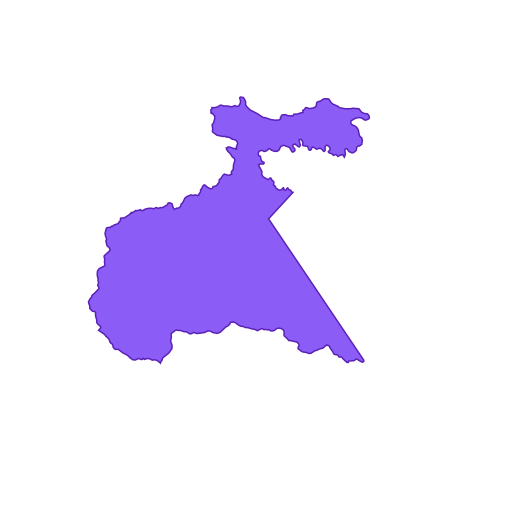 the district of Talamanca, Limón, Costa Rica, rotated 326°
{"feature_id": "36466004B17277375937001", "entity_name": "Talamanca", "entity_type": "district", "adm_level": 2, "iso_a3": "CRI", "parent_name": "Costa Rica", "parent_adm1": "Limón", "projection": "natural_earth1", "projection_center": [-83.039, 9.422], "detail": "fine", "context": "isolated", "style": "filled", "palette": "violet", "viewbox_px": 512, "rotation_deg": 326, "n_neighbors": 0, "source": "geoboundaries", "source_scale": "gbopen_adm2", "svg_char_len": 6134}
<svg xmlns="http://www.w3.org/2000/svg" viewBox="0 0 512 512"><g transform="rotate(326 256 256)"><path d="M273.1,395.9L273.9,395.1L274.5,395.1L278.8,397.6L281.5,397.5L282.1,398.1L283.7,401.8L285.0,403.7L286.2,403.7L287.1,402.7L287.2,232.2L322.3,223.9L321.2,222.7L321.6,221.1L320.3,219.2L320.4,217.3L319.4,217.2L318.2,217.9L316.8,217.8L316.2,216.6L317.0,215.4L316.9,214.7L313.7,215.2L312.7,214.8L311.6,213.6L310.6,211.1L310.9,208.5L310.2,207.1L312.3,204.5L311.7,202.3L311.9,199.8L311.3,199.2L309.2,199.5L308.4,199.0L306.1,194.2L306.4,191.6L308.2,189.1L309.0,181.9L310.5,181.9L313.4,183.8L314.4,183.7L314.9,183.3L314.9,182.4L314.0,181.7L314.0,179.1L315.4,175.7L314.5,174.6L314.5,173.4L315.7,171.7L316.8,171.1L318.6,171.1L320.2,172.0L321.2,173.9L322.6,174.5L324.2,174.7L326.8,174.3L327.4,174.7L327.8,176.6L329.8,179.5L332.2,181.1L334.8,180.9L336.3,179.8L337.9,179.2L339.7,179.3L340.9,179.8L344.5,184.7L344.1,189.4L344.6,190.5L346.5,190.6L347.5,190.1L348.0,189.1L347.8,185.6L348.8,184.5L350.8,184.8L352.2,188.9L352.9,189.8L354.8,189.0L355.6,186.2L356.8,183.8L358.3,184.3L358.7,185.2L358.6,187.2L357.9,188.8L356.8,190.1L356.7,190.8L360.1,194.0L359.3,197.1L359.4,198.2L360.1,198.6L361.3,198.6L363.4,197.2L364.1,197.5L365.0,198.9L365.8,201.3L368.3,202.0L369.7,203.0L370.2,203.9L370.6,207.1L371.1,207.5L372.7,206.9L374.3,203.9L376.7,203.7L377.8,205.8L377.6,208.4L377.0,209.2L374.2,210.0L374.3,211.4L376.2,213.9L376.4,215.9L378.5,216.3L379.2,216.8L379.6,219.3L382.3,219.6L384.6,220.5L384.5,223.4L387.0,221.7L388.7,218.1L389.5,217.3L390.8,217.5L391.4,218.0L391.5,221.4L393.2,224.1L394.5,224.8L396.9,224.7L398.4,224.3L400.2,222.3L401.3,221.9L402.4,221.9L403.1,222.7L406.1,222.6L408.8,219.6L409.7,217.2L409.2,215.7L409.1,213.9L411.3,208.6L411.4,205.8L410.9,204.1L408.7,200.1L408.8,198.9L410.5,197.1L415.3,197.4L418.6,198.6L420.9,200.9L421.8,203.5L423.0,204.8L426.3,205.4L427.1,205.0L428.0,203.5L428.1,201.4L427.6,200.1L426.0,198.9L424.5,197.0L423.9,195.7L423.7,191.5L419.0,187.7L416.4,186.6L412.3,183.8L408.3,179.9L407.5,177.4L404.5,172.8L404.0,169.7L404.2,166.8L403.5,165.9L400.8,164.0L399.4,163.5L396.5,163.6L393.4,162.7L392.1,162.8L389.5,165.5L387.9,165.6L385.7,165.1L382.8,163.7L380.5,160.9L379.9,160.8L378.5,161.5L376.1,161.5L375.5,163.1L374.5,163.1L372.8,162.2L370.0,161.6L366.7,159.6L364.9,160.5L360.7,157.3L359.6,155.4L356.7,153.7L355.6,153.8L354.7,154.6L353.8,154.7L353.1,156.0L352.4,156.2L351.1,156.0L348.3,154.5L344.7,151.3L341.0,146.5L339.3,145.1L336.8,138.9L332.8,131.6L331.9,127.4L331.9,125.0L333.7,122.1L334.2,118.9L334.1,117.5L332.9,116.3L332.0,115.5L331.2,115.6L330.6,116.4L330.0,118.6L328.5,120.5L325.3,122.1L323.6,121.2L322.7,119.5L319.3,118.8L316.5,115.9L312.9,113.4L311.6,111.5L310.3,110.9L307.4,110.9L304.1,109.6L302.5,108.3L301.5,109.3L300.0,109.8L299.4,111.4L298.6,112.2L298.7,112.7L299.4,112.8L300.0,116.6L298.9,118.8L295.2,121.9L292.9,122.7L291.3,126.3L289.7,128.1L289.4,129.1L291.2,134.1L295.4,138.4L297.4,139.7L298.1,141.0L299.5,141.9L300.7,143.6L301.5,145.8L303.8,148.2L304.3,150.5L303.6,152.7L301.2,154.1L299.5,156.6L298.7,155.1L297.2,154.0L295.7,151.6L293.9,150.0L293.5,150.0L292.8,150.6L291.8,149.8L291.2,151.2L291.2,153.5L291.9,156.8L291.8,160.9L292.6,162.8L292.1,164.8L288.3,167.9L285.5,171.5L283.7,172.0L282.1,173.0L281.6,174.6L278.5,173.9L275.6,170.5L274.4,170.4L270.1,172.1L268.3,172.1L266.8,174.1L262.9,175.5L261.3,175.4L259.2,174.4L258.1,175.5L256.6,175.2L255.4,174.3L254.0,171.2L253.3,168.4L252.3,168.0L250.5,168.5L248.6,169.9L247.2,170.0L245.9,171.7L245.0,172.3L244.1,172.3L242.4,173.5L241.4,173.2L239.9,171.4L237.6,170.6L236.3,169.0L231.6,168.0L229.4,168.3L225.0,170.8L223.1,171.0L221.1,172.8L218.2,172.9L216.9,171.9L214.9,171.8L214.3,171.1L214.6,168.7L215.6,165.6L214.0,163.4L212.5,163.0L211.3,164.0L205.1,163.5L203.6,162.2L201.8,162.1L200.5,160.1L197.5,159.5L195.6,157.6L193.0,156.1L190.0,155.1L187.5,155.1L186.3,153.8L186.0,152.9L184.4,152.5L182.2,151.6L181.7,151.0L177.1,151.0L177.0,150.2L174.0,150.9L168.1,150.7L164.9,148.9L163.0,151.1L161.4,151.2L160.4,151.9L159.0,151.9L156.1,151.0L153.4,151.0L152.7,150.5L151.6,150.9L148.6,149.3L147.6,149.2L143.5,152.8L142.5,155.0L141.7,158.5L140.2,159.3L139.2,161.4L138.3,164.0L138.3,165.2L139.0,166.4L138.6,169.1L136.9,170.0L130.4,170.9L129.4,172.1L128.9,173.9L126.9,176.4L125.9,178.7L124.9,179.5L119.2,178.8L117.4,179.2L115.9,180.1L114.1,182.4L112.8,185.0L112.3,186.7L111.2,188.1L110.6,190.0L108.3,191.8L108.1,194.3L107.3,195.3L100.6,196.7L98.1,196.9L97.0,198.0L94.2,198.8L91.5,200.3L90.7,202.2L90.4,204.2L88.8,206.6L89.6,210.5L91.2,211.8L91.4,213.1L90.0,215.1L88.9,217.5L88.6,219.0L86.7,222.4L87.0,225.2L87.6,226.7L87.5,228.2L87.2,228.6L83.9,229.6L86.6,236.2L86.7,238.7L87.5,241.6L87.5,243.6L86.8,245.5L86.9,247.1L87.5,248.2L87.4,250.3L86.6,251.4L86.7,253.7L87.4,255.0L89.6,256.3L91.4,261.8L93.7,266.0L94.5,268.5L94.4,269.3L95.8,273.1L97.7,274.7L101.2,275.3L103.4,278.0L104.2,278.2L105.4,277.7L105.8,279.5L107.6,279.8L109.5,280.9L110.7,282.3L111.7,284.3L113.6,285.2L115.2,286.6L116.6,290.2L116.8,291.4L118.1,290.4L119.4,290.1L121.7,288.3L129.4,287.7L134.4,285.8L135.9,284.0L136.7,282.3L137.6,278.9L140.4,276.0L142.2,272.9L146.9,272.6L148.6,272.8L149.8,274.2L151.6,275.3L154.0,278.5L155.9,279.9L157.6,283.5L158.7,284.2L161.8,284.7L163.7,287.3L170.6,290.7L173.1,291.0L175.4,291.9L176.3,292.9L177.3,295.2L180.5,298.4L182.5,299.0L184.3,299.1L190.9,298.0L194.1,298.2L195.9,297.9L197.9,296.7L199.4,297.7L200.2,297.7L201.8,300.3L203.1,304.1L204.6,306.3L205.7,306.8L207.1,309.3L209.4,311.0L210.9,313.1L214.0,316.2L215.4,318.7L220.0,319.3L220.8,320.0L221.1,321.1L221.5,321.6L223.0,322.3L224.2,323.7L225.4,324.1L226.3,326.2L227.4,327.2L229.3,327.9L233.2,327.8L234.7,328.6L236.6,330.5L236.9,331.8L237.4,332.6L237.0,334.5L234.8,337.5L234.8,338.5L235.6,341.3L235.9,344.4L237.7,345.8L241.9,350.4L242.2,353.4L241.8,354.2L240.3,354.9L239.0,356.4L240.4,360.5L241.4,362.0L243.7,364.0L245.3,366.3L247.1,367.4L252.2,367.5L253.5,368.2L256.3,368.5L260.1,369.8L264.8,369.2L265.5,370.5L266.5,371.3L266.0,373.5L266.1,378.4L265.7,380.5L266.3,381.8L268.3,383.6L268.4,386.3L270.6,387.7L270.6,389.7L271.8,394.9L273.1,395.9Z" fill="#8b5cf6" stroke="#5b21b6" stroke-width="1.5"/></g></svg>